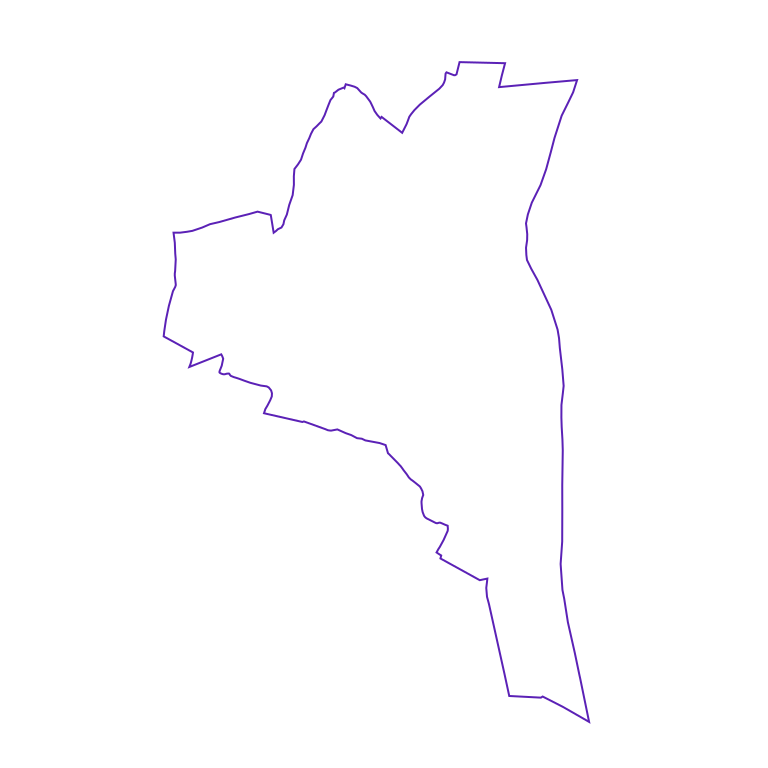 outline of Santa Apolonia Teacalco, Tlaxcala, Mexico, rotated 3°
{"feature_id": "50627088B24187550597040", "entity_name": "Santa Apolonia Teacalco", "entity_type": "district", "adm_level": 2, "iso_a3": "MEX", "parent_name": "Mexico", "parent_adm1": "Tlaxcala", "projection": "robinson", "projection_center": [-98.317, 19.242], "detail": "fine", "context": "isolated", "style": "outline", "palette": "violet", "viewbox_px": 768, "rotation_deg": 3, "n_neighbors": 0, "source": "geoboundaries", "source_scale": "gbopen_adm2", "svg_char_len": 3214}
<svg xmlns="http://www.w3.org/2000/svg" viewBox="0 0 768 768"><g transform="rotate(3 384 384)"><path d="M606.5,710.7L595.3,667.7L594.3,664.1L588.6,642.5L580.1,612.3L575.2,589.0L573.0,580.4L569.8,554.5L570.2,532.1L568.7,501.6L567.3,475.8L566.0,441.0L565.8,438.6L565.1,430.2L563.7,417.7L562.9,408.3L562.3,395.7L563.1,383.6L563.5,376.5L561.3,360.1L557.7,338.8L556.4,329.1L554.5,320.6L547.2,301.2L531.8,272.1L525.0,261.2L520.3,252.7L519.4,247.7L518.7,240.5L519.4,232.8L519.2,226.9L518.1,219.9L517.4,216.2L518.8,207.1L522.1,195.2L529.9,177.2L534.7,161.0L538.5,143.4L541.4,129.3L547.4,106.7L553.4,92.8L557.6,82.8L560.9,70.4L529.5,74.8L483.4,81.5L485.5,69.9L488.1,57.3L442.6,58.6L440.2,71.0L438.8,71.9L437.8,72.0L430.1,69.5L429.3,70.7L429.2,72.3L429.1,76.6L428.2,79.8L427.0,82.4L423.8,86.2L414.3,94.7L405.2,103.1L400.1,108.8L396.9,113.2L395.3,115.8L394.2,119.4L392.9,123.4L391.0,127.7L389.0,132.2L367.6,117.4L366.6,119.0L363.2,115.6L360.3,111.9L358.5,108.3L356.6,104.8L355.4,102.7L351.1,97.5L349.6,96.1L347.3,94.9L346.0,94.1L341.8,89.9L339.1,88.7L335.1,87.7L330.1,86.7L329.0,90.7L328.5,90.3L328.2,90.1L323.1,92.5L319.8,95.4L318.8,95.9L318.3,99.6L315.7,103.2L314.1,107.8L312.3,113.3L310.6,118.7L307.7,125.2L306.0,127.0L303.1,130.3L300.2,133.2L298.0,138.0L296.5,142.4L294.4,147.5L293.2,152.1L291.1,158.0L289.4,164.3L286.6,169.2L283.3,174.0L283.1,181.3L283.6,189.8L282.9,200.2L280.0,210.1L278.1,219.9L275.8,225.8L275.2,229.7L273.4,233.1L269.9,235.0L268.2,236.8L265.9,238.7L262.1,221.2L261.6,221.0L248.7,218.5L240.2,221.4L226.8,225.5L211.0,230.9L201.9,233.5L194.2,237.3L184.6,241.1L179.3,242.3L172.7,243.5L165.9,243.9L167.7,253.9L168.7,264.7L169.5,270.5L169.5,273.8L169.5,279.3L169.5,282.1L169.3,284.5L169.4,286.7L170.7,294.6L170.9,296.1L170.4,298.0L168.4,302.3L165.1,317.2L162.9,331.2L161.8,342.7L161.5,348.0L191.6,362.5L191.4,364.6L191.0,367.7L190.4,371.1L189.8,373.9L188.7,377.2L219.9,362.9L221.0,364.7L222.1,367.2L221.5,370.9L221.0,374.2L220.0,377.2L219.3,379.2L219.0,380.7L219.3,381.3L220.3,381.9L221.7,382.4L223.0,382.7L224.5,382.6L226.6,381.9L228.1,381.7L228.9,381.8L229.7,383.0L230.6,383.9L233.7,385.0L236.6,385.7L239.5,386.5L244.3,388.0L250.5,389.8L254.8,390.7L261.0,392.0L267.0,392.5L269.1,393.5L271.6,396.3L272.6,399.1L272.6,402.3L271.2,406.2L268.7,411.7L266.8,415.3L265.7,419.5L304.5,426.2L306.0,425.6L327.9,432.2L330.4,433.1L332.6,433.3L333.7,433.3L339.8,431.8L348.4,435.1L353.9,436.7L359.9,439.5L364.7,439.8L368.3,441.3L382.7,443.2L388.8,444.9L391.6,452.9L393.2,454.2L393.9,454.9L401.9,462.2L402.6,462.9L404.2,464.5L404.8,465.0L406.8,467.4L408.1,469.1L411.4,472.9L413.7,476.0L415.8,477.9L417.1,478.7L418.3,479.5L425.1,484.4L425.3,484.6L426.6,486.5L427.5,488.2L428.0,489.0L429.0,492.8L428.6,494.0L428.0,496.1L427.6,499.2L427.7,500.9L428.5,506.9L429.3,509.9L430.9,513.5L431.8,514.6L432.0,514.8L432.6,515.3L433.7,516.0L443.0,520.1L444.3,520.3L446.4,519.6L447.2,519.5L448.8,520.0L452.2,521.3L455.0,522.2L455.4,525.4L455.3,527.3L451.7,536.6L448.3,543.7L446.8,546.3L445.3,549.5L450.1,552.3L449.5,555.3L489.9,574.9L497.4,572.9L497.2,576.5L496.8,582.3L498.0,591.1L499.8,596.6L500.4,598.5L519.4,666.9L525.4,689.0L557.1,689.0L558.8,687.8L579.6,697.1L606.5,710.7Z" fill="none" stroke="#5b21b6" stroke-width="2"/></g></svg>